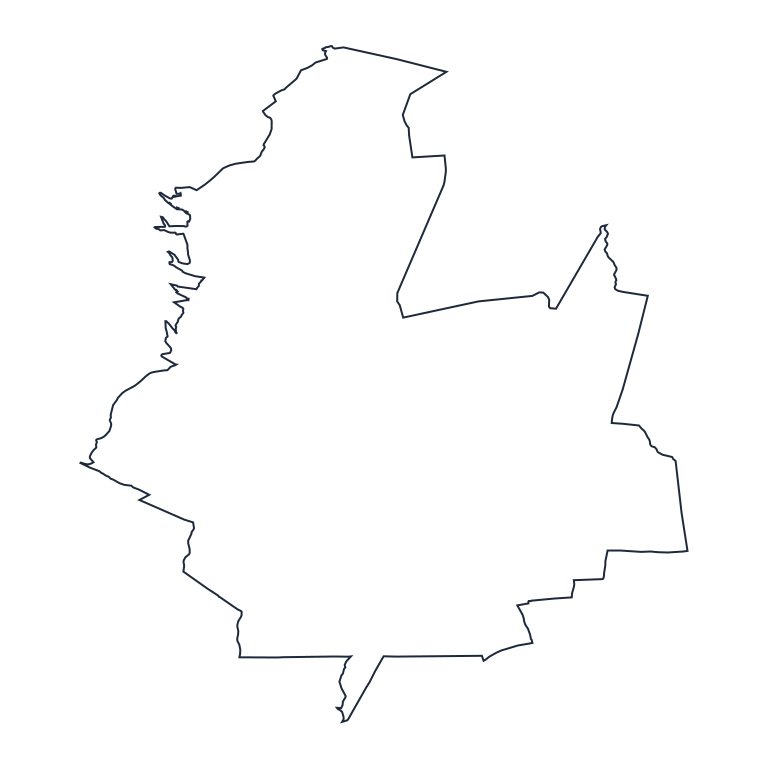 Poboru, Olt, Romania
{"feature_id": "2599482B3636434641620", "entity_name": "Poboru", "entity_type": "district", "adm_level": 2, "iso_a3": "ROU", "parent_name": "Romania", "parent_adm1": "Olt", "projection": "natural_earth1", "projection_center": [24.455, 44.685], "detail": "fine", "context": "isolated", "style": "outline", "palette": "slate", "viewbox_px": 768, "rotation_deg": 0, "n_neighbors": 0, "source": "geoboundaries", "source_scale": "gbopen_adm2", "svg_char_len": 6075}
<svg xmlns="http://www.w3.org/2000/svg" viewBox="0 0 768 768"><path d="M446.4,71.8L397.4,59.3L343.5,47.4L334.7,48.6L332.9,47.7L331.8,46.1L330.7,46.1L328.1,47.0L325.9,47.2L325.1,47.9L322.9,48.6L322.3,49.0L322.7,50.2L326.0,51.1L325.1,52.7L325.0,54.1L325.5,55.4L327.0,57.7L327.1,58.4L326.8,59.0L315.6,62.5L312.0,65.4L307.6,67.8L301.0,70.3L296.6,78.6L295.1,80.0L286.1,87.6L284.6,89.3L281.3,90.4L275.8,93.4L274.0,94.7L273.3,95.7L275.8,101.3L262.9,111.0L263.0,111.6L265.6,115.3L268.0,117.1L270.2,117.8L271.4,119.8L271.7,121.1L271.6,129.1L269.7,134.5L263.9,144.0L263.6,145.2L264.5,146.3L264.7,147.3L263.6,149.5L261.7,151.8L260.2,155.9L257.0,158.7L255.1,160.8L253.8,161.5L248.3,161.9L235.8,163.7L229.3,165.5L223.7,168.0L222.6,168.7L214.4,176.7L209.3,181.1L204.6,184.8L196.6,190.2L189.7,187.1L180.8,187.9L176.0,187.7L175.4,188.3L175.2,189.2L176.6,193.8L179.2,193.8L180.5,193.1L180.9,195.6L177.6,196.2L173.6,195.7L173.1,196.1L173.1,196.6L173.7,196.9L172.5,197.1L171.7,198.6L169.9,198.4L164.4,195.3L161.3,193.1L160.1,192.7L159.5,192.9L159.3,193.3L159.5,193.7L160.8,195.6L163.6,197.8L165.0,200.0L168.5,203.1L169.0,203.4L169.6,202.8L170.7,203.8L170.2,204.3L172.1,205.9L176.3,208.8L176.8,207.5L178.6,208.1L178.2,209.3L182.0,209.5L183.8,210.6L185.4,212.4L186.1,211.3L187.7,212.2L186.9,213.5L189.3,214.6L190.0,215.3L190.1,216.1L190.2,219.2L189.0,221.6L188.1,221.2L187.4,221.7L187.5,225.8L186.6,226.4L185.6,226.6L183.8,226.1L176.2,226.0L169.4,226.3L165.9,220.8L164.4,219.5L162.7,217.2L161.0,216.8L163.6,223.5L165.0,225.3L165.1,226.3L164.9,226.8L155.1,227.0L154.6,227.3L156.2,228.7L158.7,229.1L160.3,230.4L164.3,230.1L168.4,232.1L170.9,232.7L175.0,232.6L175.6,232.9L175.7,233.7L177.0,234.5L183.2,233.7L183.6,234.1L187.4,244.6L187.4,248.4L188.0,252.0L188.1,254.6L189.9,260.3L189.9,261.8L189.5,263.1L187.3,264.1L182.6,263.4L178.8,262.0L178.3,261.4L178.2,259.9L174.5,254.8L169.0,251.4L167.9,251.9L169.0,252.7L170.1,254.8L172.0,257.0L172.5,258.1L172.7,261.0L172.2,261.8L171.6,262.1L169.5,262.2L169.4,263.2L169.8,264.2L172.7,265.0L174.8,266.2L176.3,267.4L182.2,270.7L182.6,271.7L185.4,273.2L195.2,276.2L204.3,277.6L202.0,280.5L201.3,280.5L201.0,281.5L199.0,283.7L198.8,285.9L196.9,288.2L196.4,289.2L177.6,286.5L176.9,285.6L170.7,284.2L175.1,289.6L176.0,290.5L176.5,290.1L177.7,291.6L176.5,292.5L177.7,293.5L186.1,297.4L186.7,298.5L188.6,298.7L188.4,300.2L187.1,300.1L174.1,302.3L179.9,306.4L182.3,307.6L183.3,308.6L183.0,311.2L183.4,312.7L181.4,315.5L181.1,316.6L179.3,318.0L178.4,319.2L177.8,321.7L175.8,324.8L175.5,325.7L176.2,326.9L175.8,328.7L175.9,331.5L177.0,333.6L175.4,332.4L174.4,329.8L173.8,329.7L173.0,328.9L168.8,323.6L166.3,321.2L165.4,321.2L165.7,328.2L166.6,331.3L167.6,336.4L165.9,337.9L165.3,341.2L166.1,342.7L170.5,347.6L171.0,348.4L171.2,350.4L170.2,352.6L169.7,353.0L162.7,354.1L161.7,354.7L161.3,355.6L161.6,356.2L162.3,356.8L175.2,364.3L176.3,364.5L175.2,365.2L171.3,366.5L170.3,367.2L167.4,370.2L164.1,370.4L154.4,371.9L151.4,372.6L149.3,373.6L145.7,376.4L140.4,381.4L134.6,385.9L125.9,390.5L122.4,393.0L118.0,397.7L116.8,400.1L113.1,405.1L110.7,414.8L110.9,417.7L109.9,419.4L109.8,420.4L111.1,423.4L111.2,425.5L109.4,431.0L105.6,435.2L103.6,436.9L101.3,438.1L96.7,439.4L96.2,440.0L96.2,440.7L96.9,442.1L96.0,444.6L96.3,447.6L94.0,449.7L91.9,452.3L89.9,456.2L89.9,458.2L93.5,462.2L91.3,463.5L88.1,464.4L85.3,464.0L80.8,462.6L80.5,463.0L89.9,467.6L99.5,471.3L101.1,472.8L103.1,473.7L106.2,475.8L108.6,476.7L110.7,478.7L113.2,479.6L119.3,483.1L124.0,484.8L131.3,485.7L133.4,487.5L138.7,489.5L149.2,494.8L139.4,500.0L184.2,519.6L193.1,522.4L194.0,528.0L193.6,529.4L191.7,531.9L191.3,534.1L188.2,540.6L188.2,543.4L189.6,548.9L189.7,553.0L189.0,554.3L185.2,557.5L183.7,560.5L183.5,561.9L184.2,565.7L183.4,571.6L207.4,588.6L218.3,595.7L218.6,596.4L219.1,596.9L219.7,597.0L237.6,609.4L241.0,611.0L241.6,611.7L241.6,615.1L240.6,617.5L238.3,621.2L237.3,625.2L237.4,626.9L238.3,631.1L238.1,634.4L237.2,638.7L237.3,640.0L237.5,641.2L239.3,644.6L240.3,649.8L240.1,653.9L239.4,657.3L277.9,657.5L283.1,657.2L334.5,656.5L348.3,656.7L350.9,656.4L346.4,661.3L344.7,664.8L345.3,667.5L344.0,669.0L343.0,673.2L342.7,674.0L341.5,675.2L339.4,681.8L341.6,688.5L345.7,696.1L345.6,696.9L342.9,701.6L342.6,705.0L341.2,708.1L336.9,707.8L337.9,709.1L339.9,710.0L342.1,711.9L343.6,717.1L343.6,719.2L342.1,721.9L347.3,720.3L348.2,719.2L366.2,687.5L369.4,682.5L375.1,671.2L383.6,656.3L396.8,656.6L481.9,655.8L483.6,660.8L485.9,659.5L489.3,656.7L496.0,652.9L501.2,650.5L517.8,645.5L532.4,643.0L531.7,639.9L530.9,638.9L530.1,634.7L528.0,628.8L525.2,624.5L524.2,621.4L523.7,618.3L522.6,614.8L517.3,605.4L528.4,603.4L528.4,601.6L528.8,601.0L531.0,601.1L531.2,600.7L554.8,598.5L571.7,597.4L572.1,593.1L573.9,586.8L574.3,584.1L573.8,580.2L602.7,579.1L603.5,578.0L604.0,575.6L604.0,573.8L605.3,565.3L605.4,561.2L607.6,550.5L620.0,550.5L641.3,551.9L650.5,551.5L658.1,552.2L667.9,552.5L683.4,551.5L687.5,550.9L681.6,513.1L675.6,461.0L673.2,459.0L672.1,457.0L662.5,454.7L658.1,452.3L657.4,451.5L656.7,449.5L655.0,447.5L654.6,447.1L652.1,446.5L651.0,445.7L650.1,444.1L649.9,441.6L649.2,439.5L647.6,437.2L645.1,432.2L643.9,430.6L641.6,428.6L639.0,425.5L623.1,423.8L611.7,423.0L612.0,419.5L612.7,415.6L613.5,413.3L616.6,407.1L622.7,389.4L638.4,333.3L647.8,295.8L623.6,292.0L618.0,290.8L615.3,289.2L614.6,287.4L616.0,284.1L615.6,283.5L615.5,281.6L616.3,280.3L616.2,279.5L615.3,277.1L614.1,275.0L614.1,274.4L616.2,270.5L616.6,269.3L616.5,268.3L616.1,267.2L614.7,265.2L613.4,262.0L608.6,257.4L607.8,256.2L606.9,253.2L605.4,251.7L604.8,250.1L604.7,249.3L607.0,245.5L607.4,244.3L607.2,243.4L605.6,241.3L605.1,238.9L606.7,236.9L608.0,233.7L606.9,231.7L604.7,229.4L604.9,227.0L606.3,225.2L602.1,226.2L601.0,226.9L600.0,229.0L600.6,231.6L600.7,233.2L597.6,237.1L556.0,308.7L550.2,308.2L548.9,306.5L549.2,299.8L548.0,297.1L543.3,292.6L539.2,292.4L532.4,295.9L478.5,301.4L403.2,317.6L399.7,305.1L397.2,301.5L397.3,293.1L443.6,185.3L444.4,182.2L445.8,172.1L445.9,169.1L444.5,155.5L412.4,157.4L409.1,135.4L408.7,127.8L406.7,125.4L404.5,121.2L402.8,114.9L410.3,94.2L446.4,71.8Z" fill="none" stroke="#1e293b" stroke-width="2"/></svg>